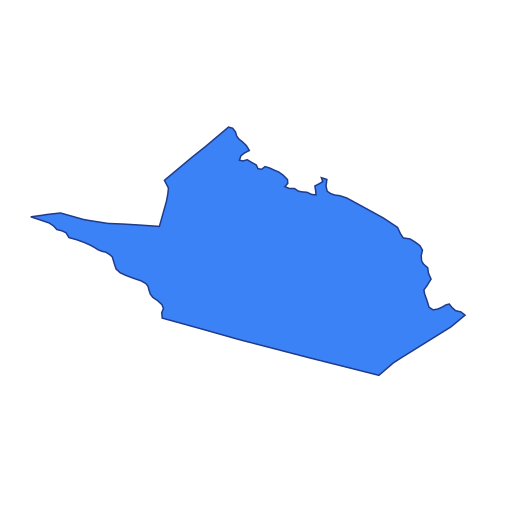 União dos Palmares, Alagoas, Brazil, rotated 39°
{"feature_id": "56859067B51889338101511", "entity_name": "União dos Palmares", "entity_type": "district", "adm_level": 2, "iso_a3": "BRA", "parent_name": "Brazil", "parent_adm1": "Alagoas", "projection": "orthographic", "projection_center": [-36.041, -9.125], "detail": "fine", "context": "isolated", "style": "filled", "palette": "blue", "viewbox_px": 512, "rotation_deg": 39, "n_neighbors": 0, "source": "geoboundaries", "source_scale": "gbopen_adm2", "svg_char_len": 1765}
<svg xmlns="http://www.w3.org/2000/svg" viewBox="0 0 512 512"><g transform="rotate(39 256 256)"><path d="M426.6,271.4L430.0,252.6L431.9,246.8L433.2,242.9L452.1,188.4L455.7,170.4L450.4,170.5L445.4,172.9L440.2,172.6L436.4,171.7L434.3,174.6L433.0,178.2L430.6,182.9L427.5,186.4L422.7,186.9L419.2,184.5L415.5,182.1L411.1,179.5L407.8,176.7L407.6,171.6L407.0,167.3L406.6,163.8L400.8,160.8L396.9,157.1L391.5,156.9L387.9,155.7L384.2,151.8L381.7,146.7L376.8,144.8L371.0,145.0L365.0,145.8L359.0,149.3L354.3,147.8L348.0,144.7L331.0,146.3L290.0,153.8L282.9,156.5L279.0,159.0L274.7,160.5L270.6,160.9L266.4,157.6L262.9,151.9L257.5,154.0L261.1,156.2L259.6,160.2L257.7,164.5L261.4,167.9L264.2,170.7L260.6,173.1L255.5,174.4L251.1,177.4L247.8,179.0L243.5,179.3L239.3,182.6L234.8,183.9L235.0,179.6L232.4,176.8L226.5,176.1L220.8,176.4L216.5,177.7L211.6,178.9L206.8,180.8L205.8,185.1L202.5,186.9L198.9,185.1L193.8,186.0L188.6,186.7L186.1,190.3L182.8,192.0L181.2,187.5L182.2,183.2L184.4,178.2L179.1,176.3L173.8,175.8L169.3,175.9L165.6,175.0L162.0,172.5L157.5,171.4L153.5,173.1L147.9,202.4L144.1,219.6L137.2,254.8L145.2,258.3L148.5,263.4L152.0,269.9L162.3,293.8L145.5,305.6L132.6,314.8L120.4,323.9L103.6,333.6L98.7,336.3L95.4,337.7L77.0,345.6L67.8,354.9L64.4,358.7L56.3,367.3L67.7,363.0L74.5,360.5L79.8,360.0L84.5,360.8L89.5,358.5L93.7,357.5L99.1,359.4L106.4,356.2L113.6,353.7L120.2,351.9L124.1,351.2L129.5,350.5L133.4,349.3L136.7,347.6L141.4,347.0L144.8,347.1L150.5,351.0L155.5,354.2L161.0,354.5L166.2,353.2L170.4,351.9L175.4,350.2L182.4,347.6L187.9,346.7L191.3,347.6L194.1,349.7L197.8,352.1L201.8,353.1L207.4,352.6L213.6,353.0L217.1,355.1L218.4,359.3L222.2,363.3L253.8,349.5L294.3,332.1L302.5,328.4L359.9,302.3L426.6,271.4Z" fill="#3b82f6" stroke="#1e3a8a" stroke-width="1.5"/></g></svg>